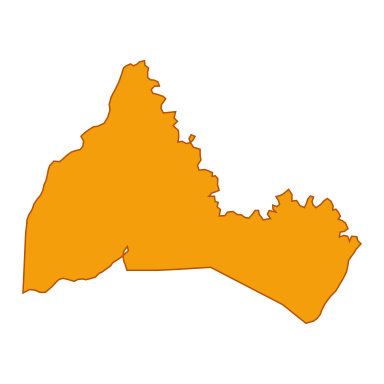 the district of Rincão, São Paulo, Brazil
{"feature_id": "56859067B73201161299146", "entity_name": "Rincão", "entity_type": "district", "adm_level": 2, "iso_a3": "BRA", "parent_name": "Brazil", "parent_adm1": "São Paulo", "projection": "natural_earth1", "projection_center": [-48.011, -21.577], "detail": "fine", "context": "isolated", "style": "filled", "palette": "amber", "viewbox_px": 384, "rotation_deg": 0, "n_neighbors": 0, "source": "geoboundaries", "source_scale": "gbopen_adm2", "svg_char_len": 2726}
<svg xmlns="http://www.w3.org/2000/svg" viewBox="0 0 384 384"><path d="M23.0,293.0L29.5,289.6L34.5,290.0L40.2,292.4L45.3,292.4L48.6,289.6L52.0,286.7L56.5,281.7L59.3,279.3L63.2,278.4L67.4,279.3L70.4,280.2L74.2,281.3L77.9,279.4L82.4,279.0L85.9,279.7L91.1,278.4L95.7,277.0L98.6,273.7L102.2,271.9L106.6,268.7L110.7,265.8L112.6,262.8L115.8,260.8L119.7,258.3L122.9,255.7L123.7,261.0L125.2,264.3L126.9,270.3L157.6,270.3L179.2,269.2L210.7,267.3L282.6,304.6L306.0,323.3L309.1,322.3L313.6,321.1L317.2,318.4L320.3,314.3L321.7,310.3L324.4,304.8L328.5,298.9L330.8,296.1L333.1,293.7L335.7,291.1L338.2,287.1L340.3,283.3L342.7,279.3L344.7,275.6L346.5,271.8L347.9,265.2L348.7,260.1L351.9,255.7L354.2,252.5L356.3,249.0L361.0,243.8L357.8,240.7L356.8,236.7L351.6,236.3L349.5,241.3L347.7,236.3L343.7,235.4L339.3,237.1L340.1,232.2L344.2,231.4L348.0,228.7L345.5,223.1L342.2,220.6L338.2,219.2L340.4,216.2L338.6,212.7L336.0,209.2L332.7,209.9L333.1,205.8L330.9,201.2L327.3,198.5L323.9,200.8L320.6,204.6L315.9,207.7L313.0,204.8L312.0,201.3L313.6,197.1L310.5,196.0L307.7,199.3L306.5,203.1L304.5,207.6L299.9,205.6L296.6,200.5L291.8,201.1L292.0,194.7L288.6,189.4L283.9,193.4L280.2,195.6L276.0,196.5L278.2,200.1L279.6,204.3L277.0,206.6L272.8,205.2L272.9,209.0L275.8,212.1L269.2,210.5L267.4,214.1L270.5,218.6L266.4,219.2L263.3,220.0L261.3,217.0L259.1,214.3L258.6,210.5L255.2,210.4L252.3,214.4L248.8,218.2L244.9,217.4L241.4,214.9L237.1,214.5L233.0,211.5L227.5,212.1L225.0,215.6L219.2,216.0L220.4,209.6L217.1,206.6L218.3,202.4L215.1,201.5L214.5,196.3L208.8,196.3L212.2,192.8L215.7,191.8L219.2,190.3L217.5,184.9L217.8,178.6L215.3,175.8L212.1,176.4L212.5,172.7L208.6,170.9L204.8,169.5L199.0,170.1L197.5,165.2L200.9,160.0L200.1,154.9L200.1,149.2L193.5,147.3L190.5,142.7L186.2,143.5L182.0,141.3L177.9,142.1L178.8,137.0L178.4,130.5L173.1,125.7L177.4,121.4L174.1,117.9L175.6,111.7L168.0,112.5L163.3,112.9L161.0,108.6L161.5,104.6L163.7,101.6L165.7,98.7L163.1,96.4L158.1,94.6L152.8,93.2L151.2,89.7L154.5,86.1L159.4,86.1L157.9,81.8L154.0,80.1L150.6,79.8L147.6,77.6L147.7,72.1L148.5,67.9L145.0,65.4L144.5,60.7L139.5,61.8L136.3,64.6L133.2,65.8L130.6,63.9L126.7,65.6L123.6,67.9L121.2,75.4L118.9,81.9L115.7,88.5L111.2,96.9L109.2,104.3L110.0,110.0L107.9,116.9L104.2,123.2L98.1,126.1L93.4,126.9L88.6,129.9L84.6,132.9L81.0,136.3L83.6,141.1L82.8,146.1L80.4,149.5L75.0,150.8L71.5,152.0L68.0,154.4L59.8,161.6L53.8,161.2L49.8,165.6L48.4,169.3L47.5,174.1L46.0,180.6L44.1,184.6L42.8,190.6L40.6,195.1L37.4,199.0L34.2,203.5L32.0,209.7L28.8,214.9L26.9,220.4L26.7,225.3L25.7,232.6L23.0,293.0ZM122.9,255.7L124.0,250.8L127.3,246.5L128.4,250.7L122.9,255.7ZM190.5,142.7L193.1,139.9L195.0,136.4L191.2,134.8L189.0,138.5L190.5,142.7Z" fill="#f59e0b" stroke="#b45309" stroke-width="1.5"/></svg>